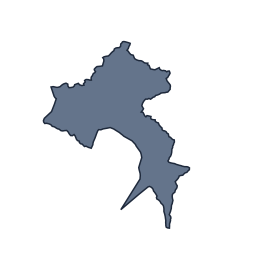 outline of Barra Mansa, Rio de Janeiro, Brazil, rotated 121°
{"feature_id": "56859067B22264554579489", "entity_name": "Barra Mansa", "entity_type": "district", "adm_level": 2, "iso_a3": "BRA", "parent_name": "Brazil", "parent_adm1": "Rio de Janeiro", "projection": "orthographic", "projection_center": [-44.185, -22.485], "detail": "fine", "context": "isolated", "style": "filled", "palette": "slate", "viewbox_px": 256, "rotation_deg": 121, "n_neighbors": 0, "source": "geoboundaries", "source_scale": "gbopen_adm2", "svg_char_len": 4032}
<svg xmlns="http://www.w3.org/2000/svg" viewBox="0 0 256 256"><g transform="rotate(121 128 128)"><path d="M192.5,40.9L190.6,41.9L188.8,43.0L187.4,43.3L185.6,43.8L184.4,44.6L183.1,44.8L181.9,45.9L181.1,48.0L179.6,48.3L177.6,48.6L176.1,49.1L174.8,49.4L173.1,50.3L171.6,51.0L170.2,51.1L168.5,51.7L166.9,52.2L165.4,53.7L163.8,54.9L162.1,55.7L160.5,55.5L159.1,54.8L157.7,55.2L156.3,55.5L155.0,55.2L153.4,55.5L152.1,56.1L151.5,57.4L150.6,58.7L149.6,59.9L147.5,59.4L145.5,59.1L144.0,59.1L142.7,59.4L141.5,58.3L140.2,56.7L138.4,56.4L137.0,55.9L135.7,54.7L133.6,54.4L132.2,53.9L130.5,54.8L130.5,56.6L131.1,58.1L132.0,59.6L132.7,61.7L133.0,63.3L133.5,64.7L133.9,66.4L134.3,67.8L134.5,69.7L135.3,71.7L135.9,73.5L136.3,75.4L135.7,76.8L133.8,76.8L132.2,77.3L130.2,77.0L128.4,77.3L126.6,77.9L124.8,78.8L123.5,79.5L121.9,79.6L120.4,80.4L119.0,80.4L117.5,80.9L116.1,81.0L114.4,82.2L114.8,83.4L114.7,84.8L114.1,86.8L114.4,88.4L113.5,89.3L112.3,90.4L112.3,92.1L111.5,93.5L111.6,95.1L112.1,96.4L111.9,97.9L110.5,98.8L110.1,100.7L109.3,103.0L108.0,104.6L108.4,106.2L108.3,108.0L107.0,108.9L107.8,110.5L108.5,112.5L107.8,113.7L106.3,114.2L107.0,116.4L107.6,118.1L109.2,118.4L108.9,120.1L107.6,122.0L106.9,123.2L107.5,124.9L105.5,124.6L103.5,124.6L102.7,126.1L101.8,127.6L99.6,128.2L97.5,128.3L96.0,128.2L94.2,127.8L93.1,126.0L91.9,125.3L91.7,123.5L90.4,122.9L88.8,122.4L87.5,121.2L85.9,121.1L84.5,119.7L82.6,118.3L81.2,117.8L79.9,116.3L78.7,114.5L77.6,113.5L76.7,112.4L74.7,112.1L73.1,111.8L72.0,112.5L70.6,113.0L69.5,113.8L68.8,115.3L68.3,116.8L67.4,119.0L65.8,120.8L64.3,120.0L62.4,120.1L61.0,120.0L59.3,120.2L57.9,121.9L58.6,123.0L59.9,123.8L59.7,125.4L60.3,127.1L61.2,128.2L61.4,129.5L61.3,130.9L60.2,132.3L61.9,133.4L63.0,134.1L64.2,134.9L64.8,136.3L65.2,137.5L65.8,139.2L64.5,140.9L63.5,142.2L63.7,143.8L62.2,144.4L63.1,145.9L63.7,147.5L63.4,149.8L63.6,151.4L64.7,153.5L65.2,156.0L65.1,158.1L64.1,159.5L62.9,161.0L63.6,163.3L63.0,165.5L62.1,167.2L61.9,168.9L59.7,168.7L57.6,169.2L55.9,169.2L54.3,169.7L54.6,171.5L55.0,172.9L55.4,174.4L56.0,176.1L57.0,177.1L58.4,177.1L59.7,177.5L61.9,176.4L63.6,176.9L64.8,178.6L65.7,179.6L67.3,180.4L69.0,179.9L70.7,180.6L72.6,181.1L74.6,181.4L76.3,181.9L77.9,183.8L79.3,185.2L80.7,185.9L81.4,184.3L83.0,183.2L86.1,182.4L87.9,181.9L89.3,183.5L90.4,185.0L91.3,186.2L92.8,186.8L95.0,187.2L96.0,186.2L96.4,184.9L97.7,184.9L99.1,185.8L101.5,185.5L103.3,185.7L104.6,185.1L105.8,184.1L106.6,185.4L107.0,187.0L108.0,188.9L109.6,189.7L110.6,188.4L113.0,188.9L113.9,187.8L115.4,189.4L115.9,191.8L115.3,193.6L118.3,196.0L119.7,195.7L121.3,196.2L122.8,197.9L123.8,199.3L123.1,201.0L121.4,202.2L121.5,204.2L123.0,205.6L124.5,206.5L125.8,207.0L127.6,207.5L129.3,209.1L130.0,210.3L130.5,211.8L131.1,213.5L132.5,215.1L138.9,207.6L139.7,205.9L139.8,204.6L145.6,203.3L153.3,202.0L162.8,204.7L165.2,204.3L166.3,203.4L167.0,201.7L166.0,200.4L165.5,199.1L165.1,197.7L164.9,195.8L165.6,193.8L164.9,191.7L165.0,189.7L165.0,188.1L164.5,186.5L164.8,184.0L164.1,182.4L162.9,181.0L161.7,179.3L162.1,177.5L163.3,175.3L164.0,173.3L163.2,171.7L161.4,170.9L162.1,169.1L163.3,167.6L164.2,166.4L164.8,164.9L164.4,162.9L165.5,162.2L165.9,160.5L165.4,158.9L165.8,157.6L166.3,155.8L165.2,154.6L165.0,151.9L164.6,150.5L164.3,149.1L160.5,149.5L159.0,150.2L157.6,150.6L153.7,151.1L151.6,151.5L150.1,151.8L148.6,152.1L147.2,152.3L145.8,152.5L144.5,152.3L143.5,150.3L141.6,148.9L139.1,146.0L136.8,143.5L136.2,139.8L136.3,135.7L136.3,133.1L136.6,131.3L136.8,129.4L137.2,127.3L137.1,124.1L136.9,118.0L138.3,113.0L139.2,111.8L142.2,104.9L143.9,103.0L146.4,100.9L147.8,100.6L153.4,99.2L156.4,98.4L158.0,97.0L160.7,94.2L162.4,93.0L165.6,91.4L197.8,92.0L201.7,92.1L178.9,84.4L168.2,80.5L167.0,79.5L166.8,77.8L167.1,76.0L167.7,74.8L168.8,73.7L169.4,72.0L170.3,70.0L171.4,68.1L173.0,67.8L174.0,66.7L173.9,64.8L174.4,62.7L175.5,60.9L175.8,59.2L176.3,57.8L177.4,56.7L178.7,55.6L181.1,54.2L182.9,52.2L184.7,50.5L186.1,49.4L187.9,47.9L189.5,47.1L191.0,46.0L192.3,45.2L193.4,44.0L193.2,42.5L192.5,40.9Z" fill="#64748b" stroke="#1e293b" stroke-width="1.5"/></g></svg>